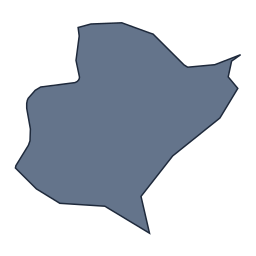 an SVG outline of Bexley
{"feature_id": "GBR-2061", "entity_name": "Bexley", "entity_type": "London Borough", "adm_level": 1, "iso_a3": "GBR", "parent_name": "United Kingdom", "parent_adm1": "", "projection": "equal_earth", "projection_center": [0.138, 51.452], "detail": "fine", "context": "isolated", "style": "filled", "palette": "slate", "viewbox_px": 256, "rotation_deg": 0, "n_neighbors": 0, "source": "natural_earth", "source_scale": "10m", "svg_char_len": 543}
<svg xmlns="http://www.w3.org/2000/svg" viewBox="0 0 256 256"><path d="M149.2,32.8L153.1,34.1L184.0,64.9L187.7,67.2L214.8,64.7L240.6,54.7L231.6,61.1L228.2,76.9L237.8,88.4L219.9,118.0L172.7,155.9L141.0,196.4L149.5,233.2L104.8,206.2L59.8,203.3L36.4,188.9L15.4,168.0L15.9,165.6L28.4,145.3L30.0,140.8L30.4,129.0L26.7,108.2L26.7,103.4L27.3,100.4L28.2,98.3L35.2,90.3L40.7,87.0L75.0,82.6L77.2,81.5L78.6,80.0L79.2,78.8L79.5,77.2L76.0,60.4L79.2,36.0L78.1,27.5L90.9,24.0L121.8,22.8L149.2,32.8Z" fill="#64748b" stroke="#1e293b" stroke-width="1.5"/></svg>